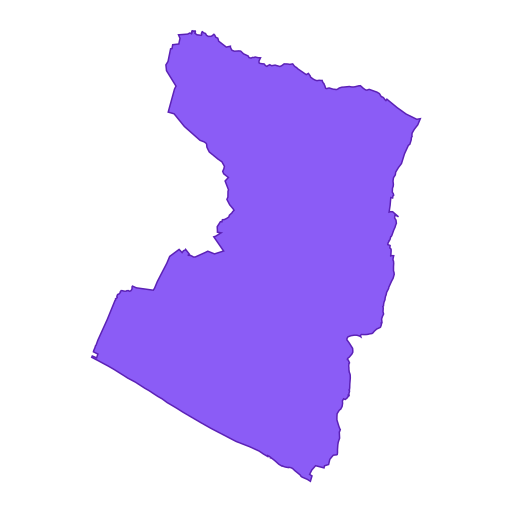 the district of Armería, Colima, Mexico
{"feature_id": "50627088B45390656969896", "entity_name": "Armería", "entity_type": "district", "adm_level": 2, "iso_a3": "MEX", "parent_name": "Mexico", "parent_adm1": "Colima", "projection": "mercator", "projection_center": [-103.991, 19.009], "detail": "fine", "context": "isolated", "style": "filled", "palette": "violet", "viewbox_px": 512, "rotation_deg": 0, "n_neighbors": 0, "source": "geoboundaries", "source_scale": "gbopen_adm2", "svg_char_len": 5876}
<svg xmlns="http://www.w3.org/2000/svg" viewBox="0 0 512 512"><path d="M420.3,118.7L416.8,119.3L406.2,114.1L397.1,107.6L386.9,99.2L386.6,99.7L385.9,100.6L385.5,100.3L384.4,98.9L383.6,97.8L382.5,97.0L381.5,96.8L380.8,95.9L379.4,93.6L376.9,92.1L369.3,89.4L368.3,89.6L367.5,90.0L366.5,90.1L365.7,89.9L364.8,89.4L363.6,88.5L362.7,87.8L361.7,86.8L360.4,85.7L358.8,85.8L357.2,86.2L354.9,86.8L353.1,87.0L351.2,86.9L349.4,86.5L347.5,86.7L343.6,87.1L341.8,87.2L339.2,88.0L337.4,89.3L336.0,89.6L335.1,89.3L333.7,89.3L332.2,88.9L330.0,88.2L329.3,88.0L328.4,88.1L326.8,88.6L326.1,88.5L325.6,88.2L324.8,85.7L324.1,84.3L324.0,83.7L322.9,82.5L322.1,80.4L321.1,80.5L319.7,80.3L318.4,80.4L317.4,80.6L316.2,80.5L314.5,79.8L312.8,78.8L311.4,77.7L310.6,77.2L310.3,76.1L308.4,73.4L306.2,74.6L297.9,68.9L296.4,67.4L295.6,67.1L294.2,65.9L292.7,63.9L289.8,64.4L287.7,64.0L284.1,63.9L281.7,65.7L279.8,66.5L275.1,65.1L271.7,65.7L270.5,65.2L269.8,64.7L269.1,65.2L268.5,65.2L266.9,66.4L265.3,65.5L264.5,64.3L264.0,63.9L262.4,63.8L260.0,63.4L259.2,63.0L259.0,62.3L259.0,61.0L260.5,57.8L258.1,57.7L255.1,57.0L254.1,57.5L252.8,57.4L252.5,57.4L251.5,57.9L251.0,58.1L249.0,57.6L248.2,56.0L243.5,53.8L240.7,51.1L238.8,50.9L234.7,51.2L234.4,51.2L232.0,50.3L231.3,49.2L230.4,47.2L230.4,46.2L226.3,47.1L218.7,41.2L217.8,38.2L215.7,37.2L214.8,35.2L213.9,34.3L212.2,35.7L211.2,36.3L208.3,36.4L206.5,35.3L205.5,33.5L202.9,32.5L202.6,31.7L202.2,31.7L201.4,33.4L201.7,34.8L201.2,35.3L197.0,34.8L194.9,33.2L195.4,32.0L195.3,31.1L195.1,30.9L194.8,30.9L194.3,31.4L193.6,31.3L192.9,30.7L191.9,31.0L191.8,31.6L192.2,32.0L191.6,32.5L191.8,33.5L191.6,33.8L189.8,33.0L187.6,34.1L178.5,34.8L180.0,38.3L178.8,44.0L172.7,44.7L172.0,48.6L170.6,48.8L168.0,61.5L165.9,64.9L166.5,70.7L176.0,86.1L174.5,89.1L168.2,112.1L174.1,113.8L184.4,126.5L200.0,140.3L204.2,141.9L205.5,142.8L205.9,143.1L206.6,144.1L206.9,147.1L208.2,149.9L209.3,152.0L218.1,159.2L221.9,161.8L224.4,166.3L223.9,168.7L222.7,171.4L223.7,173.8L228.4,177.5L225.1,181.0L228.5,189.8L228.0,191.2L227.9,197.1L226.9,199.4L229.7,204.8L233.1,208.8L234.0,210.3L232.5,211.9L232.0,212.8L229.4,215.2L228.8,217.0L226.7,218.4L225.5,219.0L224.2,219.6L222.5,219.7L222.3,219.9L221.9,221.8L220.4,221.7L217.2,226.7L217.4,230.4L217.4,232.2L221.1,232.8L215.5,236.3L213.8,236.8L223.6,251.0L214.5,253.9L207.8,251.2L205.2,252.5L195.2,257.0L193.3,257.0L192.7,256.5L190.2,255.3L189.1,255.4L188.6,255.3L188.3,255.3L188.2,255.1L189.3,254.1L185.6,249.4L185.3,250.0L183.5,250.7L182.1,252.6L179.1,249.4L169.7,256.4L166.8,263.3L157.4,281.4L154.6,288.1L153.3,290.2L136.8,287.9L135.8,287.6L132.5,286.1L132.1,286.7L132.0,288.9L131.7,289.6L130.8,290.8L129.4,291.3L128.5,290.6L126.8,290.7L126.4,291.0L125.9,291.2L124.7,291.2L123.9,291.1L122.5,290.7L121.2,290.6L120.3,291.7L120.4,292.3L120.2,292.6L118.8,294.1L117.6,294.5L117.4,295.1L116.9,296.2L116.9,296.6L117.2,297.0L117.2,297.6L115.5,298.9L115.6,299.9L115.0,300.5L107.3,319.4L97.9,340.1L96.1,345.1L95.5,345.8L94.9,347.8L93.7,350.6L93.4,351.8L95.6,352.9L96.1,353.2L97.9,354.0L96.6,357.9L93.5,356.5L92.3,356.0L91.7,357.3L98.6,360.9L103.4,363.5L108.1,366.0L113.3,369.0L122.6,374.8L127.9,378.2L135.3,382.1L144.9,388.3L149.0,390.6L154.1,394.0L157.8,396.4L162.2,398.9L167.2,402.6L170.8,404.7L176.7,408.2L183.0,412.2L201.1,422.8L211.4,428.6L236.2,441.5L249.6,446.7L259.2,451.1L263.4,454.0L267.7,456.5L267.7,455.6L268.9,456.1L270.8,457.5L270.6,457.9L271.8,458.3L274.4,460.3L278.9,464.3L282.1,466.2L282.5,465.9L283.4,466.4L285.2,467.0L288.5,467.6L288.8,467.3L291.0,467.7L292.6,468.5L294.9,470.7L300.2,475.0L301.0,476.3L302.1,477.1L307.4,479.4L310.4,481.3L312.0,475.9L309.6,474.4L311.8,470.0L315.6,465.7L324.0,467.9L324.5,465.8L328.6,464.5L329.8,459.4L331.3,457.5L333.3,455.2L336.7,454.8L337.2,454.5L337.5,452.8L337.5,449.7L337.8,445.0L338.2,442.4L339.0,439.9L339.6,438.2L339.3,432.0L339.7,431.3L340.3,429.6L339.8,428.8L338.8,426.1L336.9,419.9L336.9,417.0L337.1,413.7L339.1,410.5L339.9,409.6L340.6,409.3L342.0,406.7L342.2,406.0L342.6,403.2L342.4,400.9L343.6,398.8L345.2,399.5L347.0,398.1L348.2,396.5L348.3,396.3L348.3,395.1L349.1,395.4L348.9,393.7L349.5,391.5L349.5,390.9L349.1,390.1L349.4,390.0L349.7,387.9L349.8,384.1L350.3,378.0L350.2,375.0L349.7,373.1L349.3,372.4L348.9,369.4L348.9,367.8L348.7,365.9L348.9,364.2L348.8,363.8L349.4,363.1L349.4,362.3L348.7,361.4L348.5,360.4L348.0,359.8L347.4,359.6L347.4,359.1L347.7,358.4L349.4,357.0L350.3,355.9L351.8,354.2L352.8,352.2L352.8,350.6L352.6,348.3L349.3,343.1L347.8,341.0L346.9,339.9L347.0,338.4L348.0,336.8L351.0,335.7L354.2,335.2L356.2,335.2L357.2,335.3L359.7,336.1L360.8,336.8L360.4,335.6L361.3,334.5L364.6,334.6L366.9,334.5L368.0,334.3L369.9,333.8L371.0,333.7L372.0,333.5L372.9,332.9L374.3,331.2L376.6,329.1L380.0,327.5L380.5,327.1L381.3,324.9L381.4,324.1L381.3,323.6L381.2,323.0L382.0,322.8L381.6,318.9L381.7,318.7L382.4,316.5L383.6,314.0L383.0,311.7L383.2,308.8L383.2,307.7L382.8,306.5L383.5,305.9L383.6,304.3L384.0,302.2L385.0,299.7L385.1,298.2L385.6,296.0L386.1,295.0L386.6,292.4L388.6,288.5L388.8,287.3L391.5,281.3L393.1,278.3L394.2,274.4L394.0,272.4L393.5,270.9L393.5,266.7L393.7,263.5L393.5,261.1L393.1,260.3L393.0,259.5L393.1,258.4L393.7,255.7L391.3,255.6L390.7,256.0L390.6,255.9L390.9,254.4L391.1,251.2L391.1,249.6L390.9,248.9L389.8,247.9L390.1,245.5L387.8,244.6L388.0,243.1L389.1,241.0L389.1,240.6L389.4,240.6L390.1,239.2L390.7,236.7L390.8,236.7L391.3,236.4L391.8,235.5L393.8,229.9L395.1,227.1L395.4,225.9L396.0,224.2L396.4,223.4L396.0,220.1L394.6,218.0L395.0,214.9L398.5,216.8L392.6,211.7L390.3,211.7L389.1,212.1L390.1,205.4L390.8,197.6L392.6,198.0L392.9,196.0L393.7,195.2L393.2,193.5L392.3,192.2L392.5,188.1L393.2,186.3L393.4,184.4L393.0,181.1L393.5,177.7L395.3,174.9L395.7,172.1L398.4,167.6L401.5,163.5L404.5,153.8L408.4,145.3L409.8,144.3L411.2,139.9L411.4,137.6L412.1,136.4L411.9,135.5L412.1,133.1L414.3,129.3L417.8,124.8L420.3,118.7Z" fill="#8b5cf6" stroke="#5b21b6" stroke-width="1.5"/></svg>